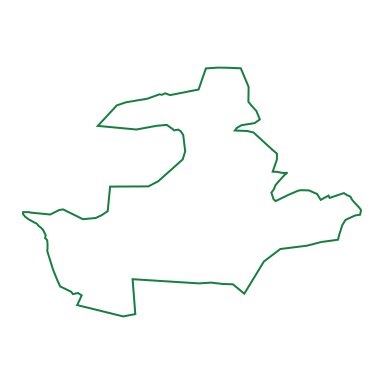 the district of Shagari, Sokoto, Nigeria, rotated 90°
{"feature_id": "59680162B23595872951211", "entity_name": "Shagari", "entity_type": "district", "adm_level": 2, "iso_a3": "NGA", "parent_name": "Nigeria", "parent_adm1": "Sokoto", "projection": "equal_earth", "projection_center": [5.089, 12.543], "detail": "fine", "context": "isolated", "style": "outline", "palette": "green", "viewbox_px": 384, "rotation_deg": 90, "n_neighbors": 0, "source": "geoboundaries", "source_scale": "gbopen_adm2", "svg_char_len": 1705}
<svg xmlns="http://www.w3.org/2000/svg" viewBox="0 0 384 384"><g transform="rotate(90 192 192)"><path d="M286.4,323.9L291.8,312.8L294.1,311.1L293.0,306.0L295.4,302.3L305.1,306.8L316.4,260.9L314.1,248.7L279.2,251.4L283.4,185.0L282.6,172.9L284.0,161.0L284.1,157.1L284.3,151.1L293.7,139.7L261.5,120.1L249.0,103.7L246.3,82.0L245.8,77.5L242.0,62.6L239.7,46.0L234.5,44.7L225.1,41.7L219.9,38.5L218.6,35.7L215.5,29.0L214.7,23.9L210.2,23.0L208.6,24.0L207.5,24.9L204.7,27.5L201.7,30.3L199.1,32.4L197.6,32.9L196.2,34.3L195.5,36.1L195.2,37.0L194.4,38.1L193.1,40.1L197.9,54.4L195.6,55.5L199.9,63.3L194.0,66.9L190.4,75.0L190.2,82.8L190.6,85.7L195.0,95.9L201.1,108.4L199.3,110.4L192.7,112.6L189.2,110.1L185.1,108.5L179.5,103.6L175.2,99.7L172.6,96.5L173.1,99.3L172.7,102.9L171.8,107.0L171.7,111.3L159.6,107.1L153.6,107.1L149.8,111.6L132.4,130.6L131.0,136.9L130.7,144.2L130.5,149.1L128.0,147.3L125.2,142.5L123.1,129.3L119.4,124.2L111.0,127.6L105.9,132.3L101.8,135.6L86.9,135.4L68.3,143.2L67.8,154.8L67.6,166.1L68.4,178.1L89.5,185.4L95.1,213.9L93.3,218.9L94.8,222.0L94.3,224.5L98.7,236.6L102.3,258.1L105.4,267.2L125.9,286.2L129.5,247.6L125.8,227.4L124.9,217.2L129.1,211.3L130.4,209.8L129.6,205.7L131.3,203.3L134.9,200.8L151.3,198.8L159.4,201.3L181.2,225.7L186.4,235.6L186.6,273.9L211.1,276.3L215.3,282.5L218.0,288.4L219.2,301.1L209.4,320.9L210.0,324.7L214.5,333.8L212.6,353.5L212.1,354.9L212.1,357.4L212.1,360.9L214.0,361.0L216.7,358.9L217.6,357.7L218.9,356.0L222.0,350.5L222.4,349.8L223.6,347.3L226.0,345.3L226.8,344.2L227.6,343.1L229.8,341.0L235.3,338.3L238.0,338.9L239.6,337.4L240.3,336.8L243.6,336.5L248.9,336.5L250.9,336.8L269.5,331.0L280.4,326.6L286.4,323.9Z" fill="none" stroke="#15803d" stroke-width="2"/></g></svg>